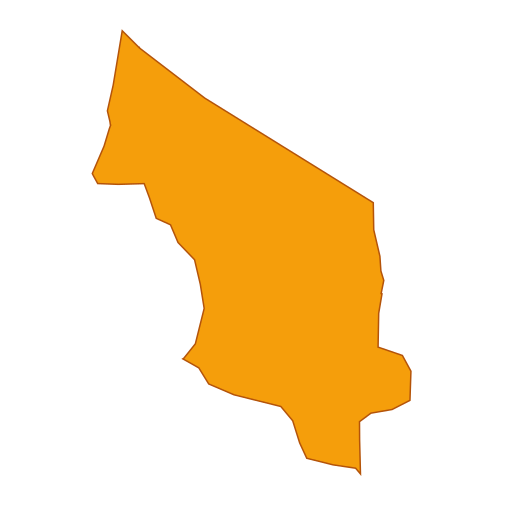 Habo, Västra Götaland, Sweden (Robinson projection), rotated 284°
{"feature_id": "70781695B50055255303815", "entity_name": "Habo", "entity_type": "district", "adm_level": 2, "iso_a3": "SWE", "parent_name": "Sweden", "parent_adm1": "Västra Götaland", "projection": "robinson", "projection_center": [14.097, 58.001], "detail": "fine", "context": "isolated", "style": "filled", "palette": "amber", "viewbox_px": 512, "rotation_deg": 284, "n_neighbors": 0, "source": "geoboundaries", "source_scale": "gbopen_adm2", "svg_char_len": 822}
<svg xmlns="http://www.w3.org/2000/svg" viewBox="0 0 512 512"><g transform="rotate(284 256 256)"><path d="M69.8,410.1L102.7,401.0L120.3,396.5L131.3,405.5L140.0,425.2L153.2,440.3L181.7,434.2L194.9,422.1L197.1,396.5L230.1,388.9L249.8,387.4L249.8,386.9L249.8,386.5L263.2,385.9L271.7,380.8L285.7,376.3L309.9,363.9L336.1,356.9L396.8,168.1L429.5,92.9L430.0,92.5L429.8,92.4L442.2,71.7L387.2,76.1L360.9,76.7L351.0,81.8L347.7,83.1L347.7,83.3L346.9,83.2L344.0,82.9L325.8,82.0L296.4,77.2L293.8,79.5L288.0,84.9L292.2,105.0L299.2,130.0L286.6,138.6L268.4,150.1L265.6,165.5L250.2,177.1L237.5,197.3L215.1,208.8L192.6,218.4L156.1,218.4L139.3,210.7L138.5,209.9L133.6,227.6L120.4,241.1L116.0,268.2L116.0,316.5L105.0,331.5L85.2,343.6L72.0,354.2L72.0,381.3L74.2,404.0L69.8,410.1Z" fill="#f59e0b" stroke="#b45309" stroke-width="1.5"/></g></svg>